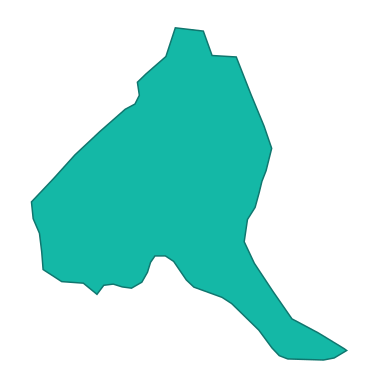 the District of Samux, rotated 182°
{"feature_id": "AZE-1686", "entity_name": "Samux", "entity_type": "District", "adm_level": 1, "iso_a3": "AZE", "parent_name": "Azerbaijan", "parent_adm1": "", "projection": "mercator", "projection_center": [46.434, 40.941], "detail": "fine", "context": "isolated", "style": "filled", "palette": "teal", "viewbox_px": 384, "rotation_deg": 182, "n_neighbors": 0, "source": "natural_earth", "source_scale": "10m", "svg_char_len": 825}
<svg xmlns="http://www.w3.org/2000/svg" viewBox="0 0 384 384"><g transform="rotate(182 192 192)"><path d="M267.5,97.2L276.9,95.7L283.4,86.4L297.4,97.1L319.1,97.9L338.1,109.3L340.1,126.9L343.0,145.4L349.8,159.8L352.1,176.5L330.8,200.6L310.2,225.1L286.1,249.3L261.6,272.4L252.1,277.9L248.0,286.8L250.4,299.8L241.9,308.6L222.8,326.5L214.4,355.5L186.3,353.2L176.7,329.1L152.5,328.5L136.5,291.6L122.3,260.4L113.9,238.4L118.7,215.9L122.5,205.1L124.9,193.5L128.4,178.8L135.6,166.5L138.1,144.1L127.2,122.9L107.8,95.7L87.7,68.7L60.9,55.6L34.4,40.7L31.9,39.0L44.1,31.1L54.7,28.7L90.5,28.5L99.1,31.5L106.6,38.9L120.4,56.3L148.5,81.9L158.4,87.8L186.8,97.0L194.6,103.9L207.9,122.0L216.4,127.2L226.8,126.8L231.0,120.2L233.7,110.2L239.0,100.1L249.1,93.8L258.4,94.7L267.5,97.2Z" fill="#14b8a6" stroke="#0f766e" stroke-width="1.5"/></g></svg>